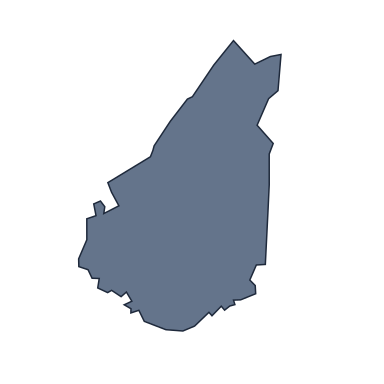 Clarendon, South Carolina, United States of America, rotated 339°
{"feature_id": "52423323B77456184843444", "entity_name": "Clarendon", "entity_type": "district", "adm_level": 2, "iso_a3": "USA", "parent_name": "United States of America", "parent_adm1": "South Carolina", "projection": "natural_earth1", "projection_center": [-80.271, 33.688], "detail": "fine", "context": "isolated", "style": "filled", "palette": "slate", "viewbox_px": 384, "rotation_deg": 339, "n_neighbors": 0, "source": "geoboundaries", "source_scale": "gbopen_adm2", "svg_char_len": 879}
<svg xmlns="http://www.w3.org/2000/svg" viewBox="0 0 384 384"><g transform="rotate(339 192 192)"><path d="M285.0,65.5L257.8,81.3L226.5,103.2L221.0,103.6L197.1,118.2L173.2,135.3L170.3,139.3L165.8,144.2L116.8,153.1L116.8,163.4L118.8,178.7L101.9,180.5L105.3,174.5L103.3,167.6L96.0,167.9L93.9,179.7L84.2,179.3L76.7,198.9L62.2,213.8L59.6,221.1L67.1,227.3L67.8,236.7L74.4,239.5L69.6,247.8L77.2,255.7L81.7,255.0L88.3,264.3L94.9,261.9L96.7,272.4L88.3,273.0L93.2,279.1L91.6,283.0L100.0,283.4L101.1,295.7L118.3,311.2L133.7,318.5L146.4,318.1L164.7,310.4L166.3,314.7L178.4,309.1L180.1,314.0L186.4,312.0L191.7,312.5L192.0,307.8L198.7,310.1L215.0,309.8L217.5,302.0L214.4,294.9L225.9,283.2L234.5,285.9L257.0,235.0L266.7,212.9L277.7,184.2L285.2,175.8L276.7,153.0L297.0,132.3L308.6,128.2L324.4,95.5L313.7,93.6L296.4,95.1L285.0,65.5Z" fill="#64748b" stroke="#1e293b" stroke-width="1.5"/></g></svg>